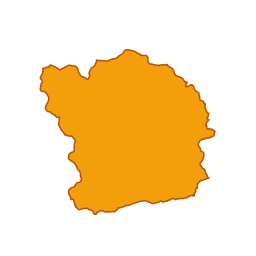 Pallatanga, Chimborazo, Ecuador (Albers equal-area conic projection), rotated 247°
{"feature_id": "8360857B6755122070607", "entity_name": "Pallatanga", "entity_type": "district", "adm_level": 2, "iso_a3": "ECU", "parent_name": "Ecuador", "parent_adm1": "Chimborazo", "projection": "albers", "projection_center": [-78.941, -2.017], "detail": "fine", "context": "isolated", "style": "filled", "palette": "amber", "viewbox_px": 256, "rotation_deg": 247, "n_neighbors": 0, "source": "geoboundaries", "source_scale": "gbopen_adm2", "svg_char_len": 5740}
<svg xmlns="http://www.w3.org/2000/svg" viewBox="0 0 256 256"><g transform="rotate(247 128 128)"><path d="M152.2,197.6L154.2,196.2L157.5,192.6L158.7,192.3L159.9,192.2L164.0,192.4L166.1,191.8L167.2,190.6L168.3,189.8L169.1,189.5L169.6,189.0L171.0,188.8L171.5,188.1L171.8,186.3L172.3,185.5L172.2,185.1L173.2,183.3L173.2,182.1L173.7,181.2L173.3,180.7L173.4,180.4L174.4,179.5L175.0,178.1L177.9,174.4L177.9,173.6L179.7,172.5L180.6,172.3L182.6,172.6L184.7,173.8L185.3,173.9L185.8,173.9L186.8,173.6L187.8,172.7L188.1,172.3L188.7,170.2L189.7,169.2L190.0,168.1L190.3,167.8L191.2,167.8L191.5,167.6L193.7,165.5L196.0,164.1L200.1,158.5L200.4,157.7L200.7,155.3L198.5,151.9L198.3,151.2L198.0,148.2L196.9,145.1L196.8,143.4L197.2,142.3L197.6,140.7L197.7,139.4L197.6,135.9L197.8,134.9L198.5,133.5L200.4,130.0L201.7,127.2L202.7,125.9L202.6,125.3L201.3,125.0L200.9,124.6L200.2,123.4L199.0,122.6L198.7,122.2L197.8,120.0L197.8,119.2L197.5,117.6L195.0,114.7L193.5,113.4L192.9,113.3L191.6,113.5L191.3,113.4L189.2,111.2L188.3,110.2L188.3,109.9L188.5,109.6L190.6,108.4L192.0,107.3L194.1,105.1L194.8,104.7L195.3,104.6L196.5,104.8L197.9,104.4L198.8,104.2L201.5,104.8L203.3,104.7L205.4,104.0L205.8,103.4L206.3,102.0L208.0,99.7L208.7,98.6L208.9,97.8L208.7,95.5L208.3,89.7L208.0,88.0L210.4,86.6L211.5,85.7L216.0,81.8L216.2,81.3L215.8,79.8L215.1,79.2L214.9,78.8L215.5,77.8L215.6,77.3L215.9,73.7L216.1,72.8L215.3,72.5L213.8,72.5L213.4,72.3L213.2,71.4L211.3,70.3L210.3,68.6L209.6,68.1L208.9,67.7L208.6,67.1L208.3,66.7L207.7,66.7L205.8,67.4L204.4,67.5L203.4,66.8L202.8,66.0L202.7,65.4L202.3,65.0L201.7,64.8L201.2,64.5L200.6,64.0L198.7,62.7L197.2,62.1L196.1,62.4L194.3,65.0L193.7,65.6L192.7,66.0L191.7,66.4L188.3,66.9L187.3,66.9L186.5,66.7L186.2,66.7L184.7,65.8L183.5,64.8L181.0,61.7L179.3,60.1L178.7,59.7L177.9,59.6L176.8,59.7L174.4,60.6L173.5,62.2L173.1,62.6L171.7,63.2L170.2,64.4L169.5,64.6L168.5,65.7L167.7,65.8L166.0,66.6L165.0,67.8L164.8,68.1L164.9,68.5L164.7,68.6L164.3,68.7L163.6,68.5L162.3,67.8L161.5,67.6L160.1,66.4L158.8,65.6L157.9,65.4L155.5,65.7L152.8,65.7L151.6,66.0L150.5,66.6L148.7,66.7L147.7,67.3L146.5,67.2L144.9,68.9L143.0,71.5L142.8,72.7L142.5,73.2L141.8,73.5L139.9,73.8L138.9,74.5L137.8,74.6L137.4,74.8L136.9,74.6L135.2,73.0L134.0,72.2L131.1,70.9L129.9,70.7L128.3,69.8L128.0,69.1L127.6,68.7L127.4,68.0L127.4,67.6L127.7,66.8L127.3,65.4L127.3,64.3L127.2,63.9L125.3,62.4L124.2,61.9L123.6,61.3L121.7,61.7L121.4,62.0L121.0,62.3L119.9,62.7L119.4,63.3L118.4,64.0L117.6,64.3L117.1,64.9L115.6,65.1L114.5,65.6L114.1,65.6L113.4,65.4L111.9,65.8L111.3,65.5L110.5,65.5L109.4,65.8L108.6,65.7L107.7,66.4L106.6,66.5L103.9,66.3L103.0,65.7L102.2,65.6L101.6,65.2L101.2,65.2L100.2,65.6L98.7,64.9L97.4,63.5L96.9,62.6L97.4,59.5L95.5,56.3L94.8,55.5L94.7,55.1L95.2,52.9L94.6,50.4L94.2,49.7L93.1,48.6L92.4,48.3L89.4,47.7L89.0,47.8L88.0,48.3L86.9,48.1L85.6,47.5L85.2,47.5L84.2,48.0L84.0,49.6L83.7,49.8L82.1,49.5L81.0,49.8L80.0,49.3L78.9,49.3L77.8,49.0L76.9,49.5L75.8,49.0L75.5,49.1L74.6,49.8L73.4,49.9L72.7,50.3L71.6,51.4L71.7,52.9L71.0,57.0L70.3,57.8L70.1,59.0L69.9,59.3L69.1,59.6L68.8,60.1L68.1,60.2L67.8,60.5L67.0,61.9L66.0,62.7L64.9,63.1L63.8,63.2L62.8,62.9L61.8,63.4L61.2,64.4L61.1,65.0L61.3,65.2L61.8,65.5L62.0,66.0L62.3,67.8L62.7,69.6L62.7,70.4L62.0,71.4L61.8,72.2L59.8,74.0L59.5,75.2L58.8,75.8L58.7,76.2L58.5,77.5L57.7,79.1L57.4,80.4L56.8,81.8L56.1,82.8L56.3,83.9L57.0,85.3L57.1,86.4L58.0,87.2L58.3,87.8L57.6,89.5L57.3,93.7L57.4,95.7L56.8,97.5L56.3,99.9L56.5,102.6L56.2,104.7L56.2,106.5L56.0,106.9L55.7,108.1L56.0,110.5L55.2,112.4L54.5,115.2L53.3,116.7L52.0,117.7L51.2,119.0L49.4,120.3L48.4,121.9L48.6,123.3L48.3,124.4L48.3,125.1L47.8,126.4L47.9,127.6L47.9,127.8L48.1,128.8L47.5,130.5L46.1,131.2L46.0,131.5L46.0,133.3L45.4,135.3L45.7,137.2L45.3,138.6L45.7,139.6L45.7,141.7L44.6,142.8L43.6,143.5L43.6,145.9L42.8,146.9L42.6,149.3L42.0,149.9L41.4,151.4L41.3,151.9L41.6,152.7L40.9,154.5L40.8,155.3L41.0,156.3L41.4,156.9L41.3,157.3L41.0,157.7L41.2,160.0L40.7,161.0L39.8,161.7L39.8,162.5L40.2,162.8L41.5,162.8L41.6,163.8L42.3,164.1L43.3,165.8L45.2,166.3L45.6,166.9L45.8,168.5L49.0,169.9L50.3,172.1L51.2,174.4L51.2,175.0L50.7,175.6L50.8,177.2L51.0,177.9L50.6,180.0L50.7,181.3L50.6,182.0L50.3,182.7L50.3,182.8L51.6,182.1L52.5,182.3L53.2,182.2L54.5,182.4L55.4,181.8L55.8,181.8L56.4,181.9L57.8,182.3L58.7,182.1L59.7,182.1L60.8,181.7L61.2,181.2L61.5,181.0L62.9,180.8L63.7,180.3L64.3,180.6L65.3,180.2L66.5,180.1L66.9,180.2L67.7,181.0L68.0,181.8L68.1,182.6L70.1,185.0L72.6,186.9L74.6,187.8L75.2,187.9L76.6,187.6L77.7,186.6L78.9,186.2L80.0,186.2L81.4,186.6L82.1,186.3L82.8,186.2L84.2,186.1L85.3,186.2L86.2,186.8L87.5,188.3L88.2,189.4L88.1,190.4L88.8,191.3L88.4,193.2L87.9,193.6L88.1,195.2L88.1,196.6L87.2,198.2L87.1,202.0L87.3,203.5L87.9,204.5L89.5,205.5L90.1,206.3L90.6,206.6L91.0,206.6L91.5,206.4L94.3,204.6L94.4,204.3L94.2,203.9L94.3,203.5L95.7,202.5L96.0,201.0L96.1,200.7L96.4,200.5L98.0,200.7L98.6,201.2L99.4,201.0L100.2,201.4L100.4,201.3L100.4,200.7L100.5,200.6L101.3,201.2L101.7,201.5L101.8,202.2L102.6,202.8L103.5,205.2L103.9,205.6L104.3,205.6L105.3,204.5L105.9,204.5L106.9,205.4L107.4,206.4L108.4,206.9L109.6,208.0L109.9,208.0L110.8,207.2L111.2,207.0L113.0,206.9L114.1,206.5L115.0,207.0L116.0,206.8L116.7,207.1L117.8,207.3L119.5,208.4L120.1,208.5L120.3,208.5L120.6,207.7L120.9,207.4L121.4,207.5L121.9,207.8L122.5,208.0L123.0,207.9L125.4,205.6L126.0,205.3L126.9,205.4L128.1,206.1L129.4,206.0L132.6,206.8L133.0,206.7L134.9,205.4L136.9,204.3L137.9,204.2L140.4,204.6L141.3,204.5L142.1,204.3L142.7,203.8L143.0,203.4L143.1,202.9L143.0,201.4L142.8,200.8L143.2,199.6L143.0,198.1L143.4,197.4L144.3,197.7L145.4,198.5L146.3,198.8L146.3,199.6L146.7,200.0L147.0,200.0L147.8,199.7L148.0,198.9L148.3,198.5L149.5,198.1L152.2,197.6Z" fill="#f59e0b" stroke="#b45309" stroke-width="1.5"/></g></svg>